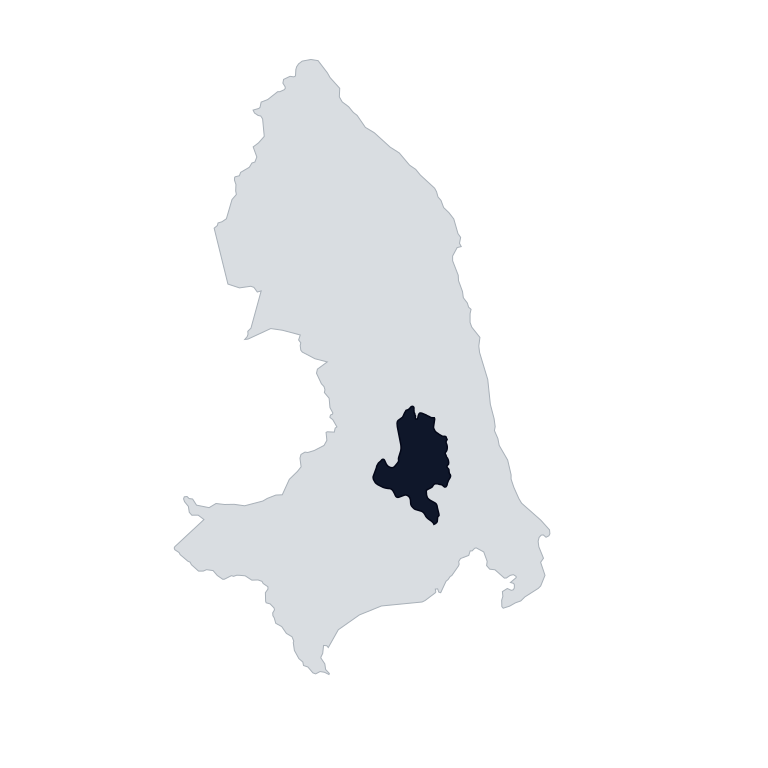 San Martín on a map of Peru (orthographic projection), rotated 194°
{"feature_id": "PER-582", "entity_name": "San Martín", "entity_type": "Department", "adm_level": 1, "iso_a3": "PER", "parent_name": "Peru", "parent_adm1": "", "projection": "orthographic", "projection_center": [-76.762, -7.06], "detail": "fine", "context": "in_parent", "style": "filled", "palette": "ink", "viewbox_px": 768, "rotation_deg": 194, "n_neighbors": 0, "source": "natural_earth", "source_scale": "10m", "svg_char_len": 7241}
<svg xmlns="http://www.w3.org/2000/svg" viewBox="0 0 768 768"><g transform="rotate(194 384 384)"><path d="M550.7,224.1L550.5,226.2L547.9,227.2L545.4,225.7L541.9,226.1L536.6,221.1L523.8,221.7L518.1,227.4L509.6,228.5L500.3,231.0L489.8,232.1L473.3,241.1L469.5,244.8L462.0,250.1L455.9,251.9L452.8,268.6L446.8,278.3L444.4,283.6L447.6,291.7L447.5,295.6L444.2,298.8L441.4,299.1L435.7,302.5L427.3,309.9L425.8,315.5L428.5,323.0L427.5,323.9L420.6,325.3L420.7,329.4L419.3,331.0L425.1,337.0L428.4,338.5L428.5,340.0L428.0,341.5L426.7,342.2L426.6,343.5L430.7,348.0L433.8,356.9L439.8,361.3L439.9,364.1L441.6,367.0L444.8,369.1L452.1,378.1L452.2,382.3L444.4,391.7L457.1,391.8L471.0,395.2L472.9,396.7L474.6,401.0L474.7,403.8L477.5,406.1L477.1,411.3L495.5,411.6L507.3,410.4L526.8,394.7L529.9,393.5L528.2,396.9L528.0,399.4L528.9,402.2L526.6,406.0L525.7,444.6L529.2,442.6L533.6,446.3L536.9,446.6L547.5,442.3L559.6,443.2L586.5,494.1L584.0,497.5L584.0,500.1L580.5,502.2L576.9,506.2L576.1,526.2L573.1,532.2L574.6,535.4L575.9,541.7L578.4,545.6L578.9,548.1L578.6,549.0L574.7,551.1L574.3,554.7L567.1,561.7L565.6,566.5L563.0,568.1L562.3,573.5L568.3,582.4L564.1,587.6L560.1,595.3L565.9,611.8L568.4,614.2L571.1,614.1L575.2,615.6L577.3,618.1L572.1,621.1L571.2,622.4L571.4,627.8L565.7,631.8L557.9,641.9L555.8,642.4L552.0,645.4L551.3,647.0L551.8,648.4L554.9,651.5L555.1,655.3L549.6,659.8L545.8,660.2L544.4,661.5L545.6,667.8L545.5,670.7L544.3,674.0L541.5,677.5L533.4,681.2L526.2,681.8L514.2,672.2L510.5,668.3L498.5,660.2L496.8,651.8L492.8,647.6L485.4,644.5L479.5,640.1L475.0,638.1L464.2,628.5L454.1,625.4L435.3,615.3L425.1,611.9L412.1,602.5L405.1,599.9L399.4,595.6L382.2,586.2L379.5,583.2L376.9,578.6L373.1,575.9L368.8,569.6L362.4,565.9L356.2,561.0L348.6,547.8L345.1,544.8L344.8,538.8L342.3,536.0L346.0,534.1L348.4,524.8L347.2,520.1L338.3,507.5L336.7,502.3L330.2,492.7L327.9,486.9L322.7,482.7L320.5,479.0L317.6,477.5L317.5,473.1L315.4,464.6L312.6,460.4L302.2,452.4L301.2,443.8L298.9,437.7L284.4,413.4L275.9,390.0L268.8,377.0L265.8,369.5L265.6,365.5L260.3,358.6L257.4,352.3L245.6,340.1L238.7,326.6L237.7,322.5L233.0,315.1L225.4,305.4L221.6,301.6L198.9,289.8L188.1,282.5L186.8,278.8L187.3,276.6L189.7,274.5L192.9,276.1L194.9,275.4L196.4,272.7L196.4,268.7L194.4,263.5L187.1,253.5L188.9,248.9L181.5,237.3L183.1,226.0L184.8,223.1L195.8,211.5L198.8,206.6L203.5,203.5L208.3,198.9L214.1,195.3L215.8,196.5L217.5,202.6L217.3,206.7L218.9,211.2L214.9,215.4L210.5,214.6L208.8,215.6L208.2,217.5L208.9,220.7L210.0,221.9L213.3,222.0L208.9,228.1L209.3,229.3L212.4,230.3L215.3,228.8L218.4,225.3L220.3,224.8L231.4,230.6L236.6,229.9L240.5,232.6L241.0,236.9L246.6,245.2L254.9,247.3L256.3,246.5L258.1,243.4L260.0,242.9L260.3,238.2L267.5,233.2L268.6,229.8L267.5,227.4L267.7,225.5L271.9,214.5L273.2,213.3L274.5,209.8L276.1,207.6L278.5,195.2L280.5,195.3L282.4,198.2L284.6,197.4L283.4,194.7L283.8,193.7L291.8,183.8L294.3,181.7L332.8,168.0L352.0,154.0L368.9,134.5L374.3,114.8L376.2,116.2L379.4,115.7L378.3,107.8L379.1,104.0L379.0,102.9L373.7,98.1L371.6,92.9L367.0,89.9L367.1,88.8L372.0,89.9L376.5,89.5L380.2,86.2L383.1,86.5L389.4,91.0L394.0,91.4L395.5,94.6L400.1,96.9L406.5,103.8L409.5,111.2L409.3,112.6L412.1,116.5L418.4,118.4L424.6,123.9L431.1,125.6L434.0,130.6L435.7,132.2L436.6,135.0L435.6,138.3L436.5,140.1L441.3,143.1L445.4,143.2L446.3,144.6L448.6,152.8L447.0,156.9L447.6,159.2L453.0,161.2L454.6,163.0L458.8,163.4L464.8,161.7L472.3,164.3L478.1,163.4L480.7,162.8L483.4,161.0L485.7,161.1L491.6,156.0L493.2,155.5L499.5,157.9L504.7,161.6L511.3,160.9L514.0,158.8L518.7,157.6L527.2,162.1L529.0,164.2L531.4,164.6L540.5,169.1L542.1,170.9L546.9,172.6L547.9,174.1L547.6,175.6L525.9,208.9L532.6,211.8L538.7,210.2L541.9,212.4L544.2,217.9L549.1,221.6L550.7,224.1Z" fill="#d9dde1" stroke="#a8b0b8" stroke-width="1"/><path d="M301.6,259.9L302.2,260.8L303.7,261.8L304.5,262.3L308.4,263.8L310.4,264.9L311.7,266.0L312.0,266.4L312.8,267.3L314.4,268.7L315.7,269.3L316.7,269.6L323.4,269.9L324.5,270.2L325.2,270.6L326.1,271.1L327.8,272.3L328.7,273.4L329.2,274.5L330.2,277.7L331.0,279.2L332.0,280.3L333.0,281.0L333.6,281.2L334.5,281.5L335.1,281.6L335.8,281.6L336.7,281.4L337.6,280.9L342.4,277.6L343.3,277.3L343.9,277.3L344.6,277.4L345.1,277.7L345.6,278.1L346.3,278.9L347.1,280.0L349.6,282.7L350.2,283.1L350.9,283.5L352.1,283.9L352.8,283.9L353.4,283.9L354.7,283.6L357.7,283.4L359.8,283.5L363.8,284.4L365.6,284.8L367.6,285.6L368.6,286.2L370.8,288.5L371.1,288.8L371.7,290.0L371.9,290.5L372.0,290.9L372.1,291.3L372.1,291.7L371.1,301.1L371.2,302.3L371.2,302.6L370.5,305.2L370.4,305.6L370.2,306.1L368.5,308.5L367.9,309.8L367.6,310.2L367.3,310.5L366.8,310.7L366.3,310.8L365.8,310.7L365.4,310.5L365.1,310.2L362.3,306.7L361.4,306.0L360.5,305.3L359.8,305.1L358.6,304.7L357.8,304.6L356.9,304.6L356.2,304.7L355.5,304.9L355.1,305.1L354.4,305.6L353.4,307.2L351.8,310.6L351.2,312.4L351.2,312.7L351.2,312.9L351.5,313.8L351.7,314.4L351.9,315.0L352.0,316.2L351.6,323.3L351.8,325.2L352.2,326.9L352.9,329.0L360.7,345.7L361.8,349.0L361.9,350.1L361.9,350.9L361.7,351.5L361.5,352.0L361.2,352.4L358.1,356.1L357.9,356.6L357.7,357.3L357.4,358.9L357.1,360.7L356.2,363.8L354.6,364.8L354.3,365.1L353.8,365.6L352.7,367.5L352.5,368.0L352.1,368.6L351.2,369.2L350.3,369.2L350.0,369.0L349.5,368.7L349.3,368.3L349.1,368.0L348.9,366.7L348.4,365.3L348.3,364.9L348.2,364.6L348.1,364.0L347.9,363.7L347.7,363.3L347.2,363.0L347.0,362.6L346.8,362.3L346.7,361.8L346.6,361.6L345.9,360.9L345.7,360.6L345.6,360.3L345.6,359.5L345.6,359.2L345.4,358.9L344.9,357.9L344.6,357.6L344.2,357.6L343.6,357.9L343.3,358.3L343.2,358.6L343.0,359.3L343.1,361.7L342.9,363.2L342.6,363.9L342.4,364.2L342.1,364.6L341.1,364.8L339.9,364.8L335.4,364.1L334.7,363.8L331.9,363.3L330.8,362.9L329.8,362.8L327.0,363.4L326.6,362.7L326.4,362.4L326.3,361.9L325.6,354.6L325.4,353.8L325.3,353.3L323.2,350.8L323.0,350.6L321.5,349.7L320.9,349.5L319.5,349.0L318.4,348.5L314.9,347.5L314.4,347.5L313.8,347.5L313.2,347.8L312.7,347.9L312.0,348.0L311.2,347.8L310.8,347.5L310.6,347.1L310.5,346.8L310.3,346.5L309.7,345.9L309.5,345.6L309.3,345.4L309.3,345.1L309.5,344.9L309.7,344.4L309.8,344.3L309.8,344.0L309.8,342.9L309.7,342.5L309.5,342.0L308.2,340.1L307.6,338.9L307.4,338.2L307.2,337.5L307.0,336.2L307.0,335.1L307.1,334.2L307.8,332.4L307.9,332.0L307.8,331.3L307.5,330.8L306.6,329.9L305.8,328.5L305.5,328.1L304.6,327.5L304.0,326.8L303.2,325.7L302.3,323.7L302.1,322.6L302.0,321.8L302.9,320.1L302.9,319.6L302.9,319.0L302.7,318.6L302.3,318.2L300.6,317.0L300.3,316.6L299.5,314.2L299.1,313.4L298.8,312.9L298.3,312.5L297.8,312.1L297.5,311.7L297.3,311.3L297.1,310.8L297.1,310.1L297.2,309.1L298.1,306.2L298.5,303.0L298.4,301.2L298.7,300.1L298.9,299.5L299.1,299.2L300.0,298.7L300.6,298.8L301.5,299.2L302.5,299.8L302.9,300.0L303.5,300.1L304.0,300.2L305.8,300.0L306.4,300.0L307.3,300.1L307.9,300.1L310.1,299.6L310.7,299.2L311.2,298.7L311.6,297.9L311.9,297.3L312.1,296.3L312.3,295.8L312.8,295.3L313.4,294.6L316.2,292.2L317.1,291.1L317.0,290.0L316.2,287.6L316.0,286.9L315.6,286.1L314.8,284.8L314.1,283.9L313.5,283.5L312.4,282.9L310.8,282.3L306.6,281.2L305.3,280.8L304.4,280.3L303.9,279.8L303.1,278.7L302.2,276.7L299.2,271.0L298.8,269.6L299.4,268.7L299.6,268.2L299.7,267.5L299.6,266.9L299.1,263.8L299.1,263.3L299.2,262.9L299.4,262.3L300.3,261.0L301.6,259.9Z" fill="#0f172a" stroke="#020617" stroke-width="1.5"/></g></svg>